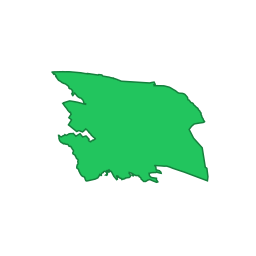 Jiutepec, Morelos, Mexico (Equal Earth projection), rotated 320°
{"feature_id": "50627088B83770147300305", "entity_name": "Jiutepec", "entity_type": "district", "adm_level": 2, "iso_a3": "MEX", "parent_name": "Mexico", "parent_adm1": "Morelos", "projection": "equal_earth", "projection_center": [-99.181, 18.886], "detail": "fine", "context": "isolated", "style": "filled", "palette": "green", "viewbox_px": 256, "rotation_deg": 320, "n_neighbors": 0, "source": "geoboundaries", "source_scale": "gbopen_adm2", "svg_char_len": 5611}
<svg xmlns="http://www.w3.org/2000/svg" viewBox="0 0 256 256"><g transform="rotate(320 128 128)"><path d="M77.2,147.1L77.8,146.4L78.3,146.0L78.7,145.9L79.4,145.9L80.4,146.2L80.8,145.9L81.4,145.8L81.8,145.9L82.3,146.2L82.6,146.6L82.8,147.2L82.9,147.6L82.8,148.5L82.7,148.9L82.4,149.4L82.0,149.7L81.6,149.8L80.7,149.7L81.3,150.6L82.3,150.3L82.8,149.8L83.3,149.0L83.6,147.5L84.1,147.0L84.5,147.0L84.8,147.2L84.9,149.5L86.1,149.7L86.1,147.8L86.6,147.8L86.6,148.6L86.8,149.1L86.8,150.1L87.3,150.5L86.1,155.9L86.1,160.3L86.9,160.4L87.2,159.5L87.8,159.4L88.1,159.2L88.4,158.5L88.3,158.2L88.2,157.6L88.5,157.4L89.2,158.1L89.4,158.4L89.4,159.0L89.3,160.1L89.4,160.4L89.5,160.9L89.9,161.7L90.3,162.0L90.2,163.6L90.9,163.6L91.3,164.0L91.9,164.3L92.3,164.3L92.8,164.8L94.1,164.7L94.9,165.4L95.3,165.5L97.1,166.7L98.6,166.7L98.8,166.6L99.1,166.2L99.5,165.5L99.7,164.8L99.7,163.4L100.4,162.8L100.7,163.3L101.5,164.5L102.2,166.0L101.1,166.7L100.9,166.7L100.6,166.5L100.9,167.5L101.4,168.1L102.6,167.5L103.0,168.4L103.4,169.4L103.6,169.6L105.7,171.4L105.2,172.3L105.4,172.7L105.7,174.0L105.7,174.5L105.5,175.2L105.2,175.6L105.5,177.1L105.6,178.7L105.7,179.1L107.2,180.3L109.9,180.7L110.8,181.2L111.8,181.5L112.0,182.2L112.1,182.6L113.9,186.0L114.4,186.8L114.6,187.4L115.0,188.0L116.2,188.5L116.3,188.4L116.4,187.3L116.4,186.5L116.5,186.1L116.7,185.7L117.5,184.8L114.9,181.9L114.3,181.1L114.0,180.5L113.8,179.5L113.9,178.2L114.1,177.7L114.9,176.5L115.0,176.7L116.2,176.7L116.4,176.8L118.5,178.2L120.7,180.0L120.9,180.1L121.2,180.0L121.7,180.0L121.8,180.1L121.9,180.7L122.1,181.1L123.7,183.3L124.3,184.0L124.8,183.0L124.7,182.0L124.6,180.9L122.7,178.1L124.2,175.8L124.4,174.0L124.5,174.0L128.9,178.2L131.1,180.4L131.2,180.5L133.1,182.0L134.9,184.8L136.4,187.6L137.5,189.4L141.1,195.3L142.6,197.7L154.9,219.5L157.9,216.7L162.5,209.6L162.0,207.7L172.1,190.9L171.7,177.9L173.9,168.4L177.9,167.5L181.4,167.5L185.4,169.8L189.1,172.1L190.3,172.4L190.7,172.4L190.8,172.3L190.8,172.0L190.9,170.7L190.9,170.4L191.4,169.2L191.6,167.4L192.3,165.9L192.6,164.6L193.4,163.7L193.6,163.2L193.6,162.1L193.9,160.9L193.7,159.3L193.8,159.0L194.1,158.1L194.1,157.8L194.1,157.5L193.7,156.1L193.5,153.7L193.3,152.9L193.3,152.5L193.6,151.2L193.5,150.6L193.4,150.2L192.8,149.4L192.6,149.0L192.6,148.1L192.7,145.9L192.6,145.7L192.2,145.2L192.2,144.9L192.3,144.5L193.2,142.9L193.3,142.1L193.2,138.9L192.9,138.0L192.6,137.4L191.9,136.4L189.9,134.5L189.5,134.0L189.1,133.4L188.9,132.9L188.3,129.9L187.4,127.5L186.4,124.5L185.8,123.2L183.1,119.4L182.3,118.5L175.3,112.4L175.6,112.2L175.8,111.5L176.7,112.0L176.9,112.0L177.5,109.6L175.5,108.4L173.7,107.5L173.5,107.4L153.0,87.9L152.9,87.8L151.9,85.8L151.0,84.3L151.0,84.1L148.9,80.6L148.7,80.6L148.8,80.1L148.2,79.7L147.2,78.4L146.0,76.6L145.3,75.9L144.0,74.3L142.2,72.2L142.0,71.7L142.0,71.4L142.1,70.6L140.3,68.6L139.7,68.1L139.2,68.3L132.1,60.3L131.9,60.6L129.9,58.4L127.3,55.3L125.9,53.9L120.4,48.4L119.2,47.2L115.7,44.3L114.2,42.9L113.4,42.3L113.3,42.2L107.9,37.9L106.4,36.7L105.8,36.5L105.8,37.6L105.7,39.2L106.5,39.4L106.4,42.2L105.8,42.2L105.5,46.7L105.5,46.9L105.9,47.8L106.5,49.8L106.6,50.6L107.4,52.4L107.9,53.2L108.2,53.5L108.4,53.9L108.8,55.6L109.2,57.4L109.1,58.4L108.6,59.2L108.4,59.7L108.7,60.6L109.2,61.0L109.3,61.2L109.4,62.0L109.5,62.9L109.5,63.7L109.2,63.7L108.8,64.5L108.8,65.1L107.2,65.4L107.2,66.3L106.6,66.5L106.6,67.7L109.6,67.0L109.7,68.9L109.6,71.0L109.7,71.7L110.2,73.4L110.4,73.9L111.0,74.5L111.3,75.3L111.4,78.0L110.6,79.9L110.1,80.8L110.5,81.5L111.1,82.2L110.7,82.6L109.9,81.6L106.1,76.1L103.5,72.9L100.8,69.8L99.8,69.3L95.2,67.4L95.1,67.7L93.9,67.2L93.6,70.8L93.6,73.5L93.3,75.8L93.4,78.6L94.0,78.9L93.2,81.0L92.8,81.0L89.3,82.1L90.0,85.2L90.0,85.4L89.9,85.5L84.4,87.3L84.5,88.1L84.8,88.9L84.8,89.3L86.4,97.7L86.8,97.9L88.0,98.1L88.6,98.4L89.3,99.3L90.6,101.8L92.3,101.9L92.4,101.7L92.6,101.6L93.2,101.6L93.8,101.8L93.9,101.6L94.5,101.5L95.0,101.5L95.4,103.4L95.3,103.9L95.4,104.8L95.4,105.4L95.2,106.3L95.5,106.5L95.4,107.7L95.6,109.2L95.6,109.3L95.3,109.5L95.7,113.0L96.2,115.0L96.0,115.3L95.8,115.3L94.1,115.1L93.6,115.2L93.5,114.9L93.2,114.6L90.6,114.6L90.6,113.9L90.4,113.8L90.2,113.8L89.9,113.6L89.8,113.0L90.0,111.8L90.6,111.9L91.0,111.5L90.9,109.9L90.8,109.3L90.9,108.6L90.8,108.0L90.8,107.8L90.7,107.1L87.5,105.7L87.6,101.5L82.8,100.8L82.6,96.9L82.0,96.7L80.2,95.2L78.8,94.5L78.1,94.5L77.4,94.3L76.9,94.2L75.9,93.9L75.4,92.5L75.1,92.6L74.1,92.6L73.1,92.2L72.5,92.1L71.5,92.1L71.3,92.0L71.0,91.7L70.5,90.5L70.4,90.1L70.5,89.7L70.5,89.4L70.1,89.0L69.7,89.5L69.8,89.9L69.3,90.7L68.9,91.0L68.4,91.6L67.6,93.5L67.5,94.2L67.5,95.7L67.9,96.7L67.9,97.1L68.3,97.7L68.3,98.1L68.3,98.4L68.7,99.0L69.3,99.0L69.5,99.2L69.5,99.5L69.6,99.9L69.9,100.2L70.1,100.7L70.4,101.0L70.9,101.3L71.3,101.9L71.4,102.4L71.3,102.7L71.3,103.1L71.1,103.8L71.1,104.0L71.4,104.5L72.1,105.0L72.1,105.3L72.3,105.4L72.2,106.4L72.0,106.8L72.1,107.5L71.9,107.9L71.8,108.6L71.8,109.0L71.9,109.4L71.7,109.8L71.6,110.5L70.8,111.0L69.9,111.4L69.7,111.6L69.3,112.3L69.3,112.8L69.6,113.4L70.0,115.3L69.9,115.5L69.5,116.0L69.4,117.2L69.0,118.1L69.0,118.3L69.1,118.9L69.4,119.4L69.2,120.4L68.8,120.9L68.4,121.1L67.8,121.6L67.6,122.0L67.3,122.7L66.9,123.2L66.2,123.5L65.7,123.5L65.3,123.7L64.1,124.6L63.3,125.4L63.1,125.7L63.1,126.1L63.4,127.0L63.4,128.1L63.0,129.1L62.8,129.3L62.8,129.7L62.6,130.2L62.5,130.9L62.3,131.3L62.1,132.4L61.9,133.7L61.9,134.6L62.0,135.4L62.4,136.4L62.9,137.2L63.1,137.9L62.9,138.3L62.3,139.7L62.0,140.7L61.9,141.1L62.0,141.7L62.9,142.4L69.9,146.0L72.8,146.8L75.6,146.0L76.4,145.4L76.7,146.0L76.8,147.0L77.0,147.0L77.2,147.1Z" fill="#22c55e" stroke="#15803d" stroke-width="1.5"/></g></svg>